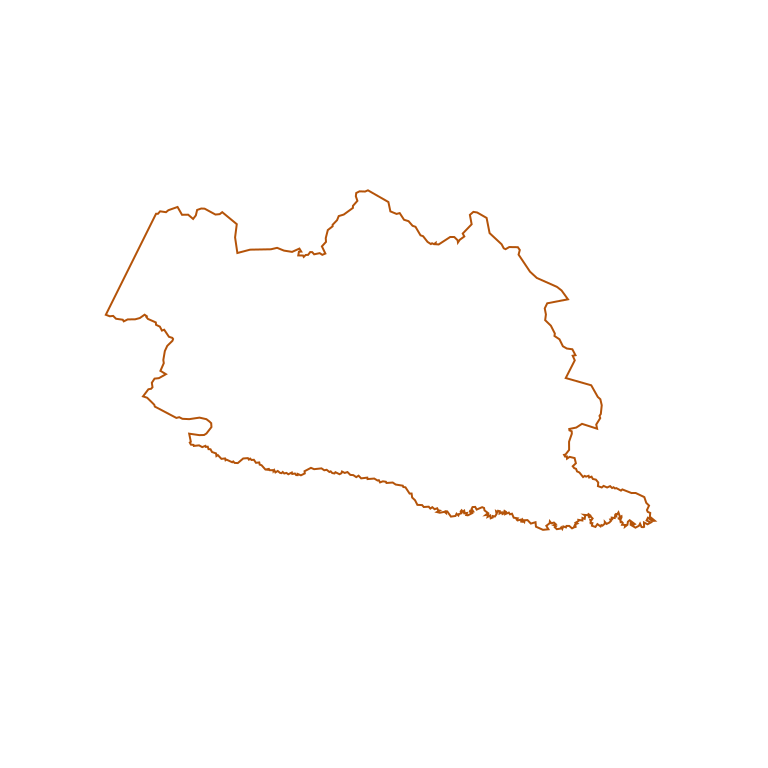 the district of Ahafo Ano North, Ashanti, Ghana, rotated 232°
{"feature_id": "2480657B6504340506710", "entity_name": "Ahafo Ano North", "entity_type": "district", "adm_level": 2, "iso_a3": "GHA", "parent_name": "Ghana", "parent_adm1": "Ashanti", "projection": "albers", "projection_center": [-2.252, 6.91], "detail": "fine", "context": "isolated", "style": "outline", "palette": "amber", "viewbox_px": 768, "rotation_deg": 232, "n_neighbors": 0, "source": "geoboundaries", "source_scale": "gbopen_adm2", "svg_char_len": 6166}
<svg xmlns="http://www.w3.org/2000/svg" viewBox="0 0 768 768"><g transform="rotate(232 384 384)"><path d="M529.5,206.5L527.9,201.8L524.0,199.6L523.6,197.6L524.9,195.1L522.6,186.5L519.0,188.9L509.1,190.2L507.3,189.5L485.1,199.5L483.9,202.2L480.7,203.7L476.2,208.9L471.1,217.9L465.6,222.4L462.1,223.3L459.5,223.7L456.3,221.5L454.3,213.6L454.6,210.8L457.4,207.0L464.8,199.9L457.4,196.2L457.4,194.9L455.1,194.5L453.3,196.4L452.3,196.0L449.5,200.5L446.2,201.9L445.2,205.2L444.1,204.9L443.1,206.5L440.7,205.6L439.4,207.1L436.3,206.6L432.7,208.9L430.4,207.6L430.3,209.3L425.1,209.8L423.2,212.9L421.5,212.2L421.4,213.3L415.8,216.2L415.8,217.5L413.8,217.7L411.7,220.1L412.0,227.2L409.4,231.1L407.6,231.0L407.6,232.6L405.7,232.8L404.4,234.8L400.7,234.6L399.0,237.4L397.0,236.4L395.4,237.5L389.6,237.9L387.6,240.0L388.6,239.8L388.0,241.0L386.4,240.9L384.3,243.7L383.4,243.2L383.8,244.5L381.2,244.0L380.9,246.7L377.9,247.4L376.8,248.4L377.0,250.0L374.9,250.3L374.0,252.4L371.8,253.0L371.0,256.9L369.6,256.3L368.3,258.7L366.3,258.7L365.4,259.8L366.3,260.6L363.2,262.3L362.3,266.5L364.2,267.7L362.9,274.8L359.9,276.5L356.0,282.8L352.8,283.8L351.7,286.0L348.3,286.8L348.0,288.2L345.7,288.4L344.0,289.9L344.4,291.4L340.3,293.4L339.9,295.5L340.9,297.0L338.1,298.3L337.1,301.0L333.1,301.5L331.1,303.7L327.7,304.8L327.4,307.5L323.7,307.9L320.5,313.2L319.2,312.5L315.5,318.1L311.9,319.5L311.4,320.7L308.9,320.3L308.0,323.2L305.8,325.3L304.5,325.0L301.0,330.2L297.6,331.3L292.3,336.2L290.9,335.8L289.4,337.3L281.9,336.7L280.7,338.3L277.2,336.3L273.3,336.9L268.2,335.9L265.1,339.5L262.6,339.6L259.8,343.7L257.3,343.8L257.2,346.2L254.2,346.8L253.3,349.4L251.2,348.9L250.1,349.8L250.5,346.9L248.2,348.7L246.0,353.0L244.2,353.4L245.7,354.3L244.7,355.4L238.3,355.1L236.0,359.1L237.1,361.3L234.6,361.7L235.4,363.0L234.5,365.3L236.4,366.0L236.7,367.4L234.9,367.4L234.8,369.2L233.0,368.3L233.0,366.9L231.3,370.0L230.1,368.1L228.9,369.2L228.0,373.7L230.5,373.1L231.1,373.9L230.7,375.0L228.9,374.5L228.4,375.8L231.6,376.1L232.5,378.0L231.0,380.2L228.0,379.7L226.5,385.5L224.7,386.5L222.5,385.4L218.3,386.5L218.2,383.4L216.9,385.6L215.5,383.8L215.0,386.7L212.5,385.4L211.9,387.5L213.0,388.4L211.3,389.8L212.2,392.6L214.7,394.0L213.1,394.5L213.9,395.8L212.4,397.0L210.8,395.4L210.3,397.9L208.6,397.3L208.3,398.6L209.8,400.8L208.1,401.4L206.8,399.6L205.8,403.2L203.8,403.0L203.0,405.0L198.8,403.9L195.9,406.6L195.5,405.1L194.3,405.2L192.7,408.7L191.1,407.4L190.1,408.4L191.4,409.7L189.0,409.7L190.1,410.9L188.4,413.3L183.6,413.8L181.8,418.3L178.0,415.9L171.2,419.5L168.3,424.1L172.3,424.6L172.3,428.8L173.6,430.1L171.2,430.1L170.2,432.6L167.8,433.0L168.3,430.8L166.1,432.0L165.9,430.4L163.2,430.8L161.5,433.9L161.9,435.4L160.0,435.2L161.4,437.6L159.0,439.1L159.8,440.4L158.1,442.6L154.5,443.3L154.1,445.2L155.1,447.1L152.7,446.6L155.7,448.4L155.1,450.4L156.7,449.8L156.3,452.9L157.3,453.5L154.3,456.3L156.2,457.9L154.2,459.1L156.4,461.5L157.7,461.1L155.1,463.9L155.6,465.0L153.5,465.6L153.0,462.8L152.4,465.3L149.6,465.6L149.0,463.6L149.9,462.9L147.3,461.8L147.5,460.4L146.1,462.5L144.3,460.6L141.2,462.6L142.2,465.9L138.4,467.0L139.0,468.4L137.9,468.9L138.0,472.1L139.4,473.1L136.7,473.3L136.1,476.3L136.4,478.6L137.9,478.9L136.4,481.3L137.3,480.4L138.5,481.2L136.3,483.3L138.2,485.3L136.9,485.7L138.6,486.9L137.8,487.7L138.5,489.7L133.9,488.1L133.6,489.7L132.8,489.2L132.1,488.0L133.8,487.2L133.4,486.1L131.8,486.7L129.5,485.5L129.2,486.5L127.5,486.6L126.5,484.9L124.4,487.3L123.2,486.0L123.2,489.1L125.3,491.4L125.4,493.7L119.2,495.4L119.4,494.3L122.4,492.7L121.2,491.7L116.0,493.7L115.3,497.6L116.3,499.8L112.7,498.9L111.6,500.1L111.3,501.0L114.8,503.6L111.2,505.3L110.6,509.0L114.8,506.9L116.1,509.6L110.9,511.1L109.5,513.2L115.7,511.8L118.5,514.4L120.9,513.1L122.8,513.6L125.0,518.0L128.9,517.5L134.6,519.5L143.2,515.2L145.7,511.9L154.2,506.9L154.1,505.1L158.9,503.0L159.5,501.7L161.3,501.3L161.6,499.7L164.3,499.3L165.1,496.1L168.5,494.3L168.4,491.9L171.8,489.7L174.5,492.2L178.2,492.1L180.6,490.1L183.2,490.5L184.0,488.1L185.7,488.7L186.6,486.2L188.0,485.6L188.1,483.6L194.0,483.5L196.3,482.3L198.9,483.1L200.6,482.1L203.0,482.1L203.4,486.4L208.3,488.6L212.3,485.4L212.5,482.3L214.3,483.5L215.3,482.0L217.3,482.3L216.7,483.7L218.1,489.3L224.6,494.3L229.2,501.4L231.2,502.8L233.3,501.6L234.5,502.3L231.3,508.7L230.7,515.5L217.6,524.4L221.4,526.3L224.0,533.4L226.2,534.2L226.9,536.4L233.2,542.5L238.8,545.1L242.2,544.5L255.4,546.5L276.8,530.9L285.2,548.9L290.1,550.1L288.8,552.6L295.4,553.8L299.4,549.9L303.6,548.2L311.2,549.8L316.9,547.9L318.6,549.7L327.2,551.4L335.1,550.3L339.1,554.4L344.6,557.2L347.1,562.3L337.5,581.1L348.4,581.5L354.0,580.1L373.5,569.7L382.6,568.2L403.1,569.7L406.0,573.5L409.4,573.7L414.8,567.0L415.4,562.8L417.2,561.9L421.7,562.7L437.9,560.1L451.7,567.1L461.8,563.0L464.6,560.4L464.4,555.8L455.9,551.4L454.1,538.7L450.8,538.1L451.0,532.5L450.0,529.4L451.9,530.5L456.5,529.9L459.1,526.7L460.3,513.0L462.4,510.7L463.4,511.6L463.4,509.5L465.3,508.5L465.4,507.1L469.2,505.8L476.4,505.8L478.7,504.3L488.5,505.6L491.1,503.9L497.2,503.6L501.1,500.9L509.0,501.6L510.3,498.6L516.1,495.3L524.7,499.5L546.5,490.6L547.3,487.6L550.9,483.3L551.6,479.7L549.3,477.4L544.7,475.8L543.5,469.2L541.9,467.9L542.3,456.6L544.2,451.7L542.0,447.9L541.1,441.5L539.9,440.6L539.9,434.5L534.8,427.9L531.7,425.8L530.7,419.8L522.9,418.1L523.8,414.9L526.7,413.9L529.2,408.8L532.1,408.6L533.4,407.1L532.5,403.7L533.9,401.7L533.6,399.0L535.1,399.3L538.1,395.6L540.6,398.4L539.3,400.3L542.8,400.7L544.7,392.9L550.7,387.3L557.1,383.6L559.8,377.8L572.3,361.2L577.5,349.1L591.2,356.9L600.6,366.4L619.0,362.3L619.0,359.1L621.3,355.5L632.6,350.6L634.8,348.0L636.2,343.9L632.7,339.5L631.6,335.2L638.0,333.9L641.7,329.0L650.6,330.3L653.7,321.1L653.6,318.0L657.9,313.9L657.3,310.6L658.5,309.2L609.8,207.4L606.2,209.6L604.4,212.5L600.4,213.0L595.5,217.7L593.6,217.5L592.7,221.8L588.2,227.7L586.3,232.2L586.0,238.0L583.4,238.8L583.2,238.0L580.7,238.0L573.0,242.1L571.0,240.8L567.2,242.7L562.8,241.9L562.1,244.2L553.6,243.6L550.7,245.6L549.3,245.5L548.3,243.9L547.5,236.7L544.9,231.6L538.8,224.9L536.0,223.3L532.0,215.9L526.0,218.2L527.2,210.2L529.5,206.5Z" fill="none" stroke="#b45309" stroke-width="2"/></g></svg>